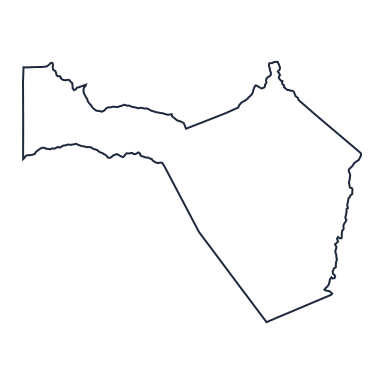 Colinas, Maranhão, Brazil
{"feature_id": "56859067B48571840194208", "entity_name": "Colinas", "entity_type": "district", "adm_level": 2, "iso_a3": "BRA", "parent_name": "Brazil", "parent_adm1": "Maranhão", "projection": "albers", "projection_center": [-44.236, -6.084], "detail": "fine", "context": "isolated", "style": "outline", "palette": "slate", "viewbox_px": 384, "rotation_deg": 0, "n_neighbors": 0, "source": "geoboundaries", "source_scale": "gbopen_adm2", "svg_char_len": 4055}
<svg xmlns="http://www.w3.org/2000/svg" viewBox="0 0 384 384"><path d="M277.6,61.8L274.1,62.0L272.1,63.1L270.6,63.1L269.2,63.4L268.9,65.1L269.2,67.0L269.9,68.6L269.9,70.2L270.8,72.4L270.9,74.6L270.0,76.0L267.7,77.2L266.6,78.5L266.0,80.1L266.4,82.1L266.0,83.5L265.0,84.7L265.0,86.2L264.3,87.4L261.8,88.5L259.2,87.2L257.3,85.9L255.4,85.5L253.9,88.3L253.3,90.4L252.8,92.5L251.7,94.5L250.0,96.2L248.4,97.5L247.6,98.8L245.5,100.3L243.7,101.3L241.3,102.7L239.8,104.5L238.9,105.7L238.3,107.5L225.8,113.1L204.2,121.6L186.0,128.7L184.7,125.3L183.7,123.0L181.0,121.6L179.2,121.0L177.6,120.6L176.4,119.8L172.0,116.2L171.7,114.2L168.8,114.7L167.4,114.7L163.1,113.4L156.7,112.3L151.3,110.7L148.5,109.1L146.5,108.4L144.4,108.6L142.9,108.1L141.1,107.8L139.5,107.9L138.1,108.3L135.8,107.5L132.2,106.9L129.0,105.6L126.9,105.6L124.2,104.7L121.8,105.8L119.4,106.3L117.9,107.1L112.9,106.7L110.9,107.3L108.8,107.3L106.7,107.9L105.4,109.3L104.1,110.6L101.8,111.7L99.8,111.1L97.9,110.9L96.2,110.6L94.8,109.5L93.4,108.5L92.3,107.3L91.5,106.0L90.6,104.7L89.6,103.8L88.5,102.4L87.6,100.8L87.3,99.1L86.3,97.7L85.5,96.3L84.5,94.4L83.8,93.1L83.6,91.2L83.5,89.5L84.0,87.5L85.4,86.1L85.9,84.7L83.1,85.7L79.4,87.1L77.0,87.7L75.8,89.2L74.2,90.2L72.7,88.5L72.5,85.2L72.2,83.1L70.5,81.6L69.1,79.9L67.3,79.9L65.2,80.3L62.9,79.8L60.8,78.3L60.5,76.7L59.2,76.1L57.5,76.1L56.4,74.8L56.0,72.6L55.4,71.1L53.4,70.0L52.6,67.1L53.1,64.5L52.3,62.9L50.8,63.0L48.6,65.1L46.5,66.5L43.4,66.8L41.6,67.0L38.6,67.0L31.8,67.2L27.7,67.4L26.1,67.4L23.5,67.3L23.0,83.0L23.2,120.3L23.1,159.1L24.9,157.4L25.5,156.1L27.4,155.2L29.7,155.2L32.3,154.8L34.9,153.9L35.5,152.5L36.8,151.2L38.5,150.0L40.2,148.7L42.1,147.7L45.1,148.0L46.3,148.9L48.2,148.9L50.4,149.3L52.2,148.3L54.3,148.7L56.7,147.6L58.0,146.9L59.6,147.6L61.7,146.6L63.1,145.6L65.7,145.3L68.3,144.5L70.8,144.9L72.4,144.5L74.2,144.3L76.1,143.8L78.2,144.8L80.5,145.7L82.2,146.2L84.5,146.4L86.3,147.2L88.0,147.0L91.1,147.3L93.1,148.8L95.4,149.5L97.4,150.1L98.3,151.2L100.1,152.3L102.5,153.1L103.6,154.0L105.1,154.7L106.8,156.0L108.0,157.7L110.3,157.8L112.3,156.3L113.6,155.2L115.0,154.9L116.7,154.0L119.0,155.2L121.3,156.5L122.9,157.1L124.2,156.2L125.3,154.5L126.6,153.3L128.3,153.5L130.4,153.2L132.2,152.9L133.4,153.9L135.1,154.2L136.6,153.5L138.5,152.4L140.2,153.8L140.5,155.4L141.7,156.2L143.7,156.7L145.8,157.5L148.0,157.5L149.9,158.5L151.7,159.1L153.0,160.8L155.6,162.4L157.9,163.1L160.1,162.6L162.2,162.8L163.8,165.3L164.8,167.0L187.3,209.8L199.0,232.0L201.3,235.1L210.4,247.2L231.6,275.6L234.9,280.0L244.7,293.1L246.1,294.9L253.2,304.4L264.7,319.7L266.5,322.2L278.9,316.8L281.0,316.0L284.0,314.7L293.4,310.8L297.3,309.1L325.0,297.4L326.3,296.9L331.0,294.9L332.2,293.6L329.5,291.2L327.0,290.7L325.5,290.5L324.4,289.6L325.7,288.0L327.7,286.2L328.5,284.9L329.5,282.2L329.8,279.7L331.4,277.3L332.4,278.4L334.5,278.2L335.2,276.3L334.2,274.7L332.9,273.6L332.7,271.6L333.4,269.7L334.1,268.2L335.8,267.3L335.8,265.3L335.9,263.5L336.2,261.8L337.0,259.4L336.4,257.4L336.3,254.8L335.6,253.0L335.3,250.8L336.1,248.9L336.4,246.9L335.0,244.3L337.0,242.6L338.1,241.5L337.0,238.8L338.0,237.0L339.8,238.3L341.5,238.2L341.8,236.3L341.8,234.0L342.1,230.9L343.5,229.3L343.6,227.8L343.4,226.1L343.7,224.7L344.7,222.8L345.8,221.4L346.4,219.9L345.6,218.6L345.3,217.2L346.0,215.0L346.1,213.7L346.6,212.1L346.6,210.4L346.6,208.9L347.9,208.0L347.2,205.4L347.6,203.0L348.2,200.5L348.5,198.2L350.0,196.8L350.4,195.4L352.3,194.0L352.2,192.0L352.5,189.8L351.9,188.2L349.9,187.5L349.4,185.2L349.0,181.7L349.7,179.5L349.8,177.9L350.2,175.3L349.9,173.9L348.8,171.3L348.7,169.9L349.5,168.7L351.1,167.3L352.4,166.0L353.2,164.8L354.3,163.0L355.6,162.1L356.7,161.3L358.7,160.0L360.5,156.6L361.0,155.3L360.9,153.2L316.7,115.8L298.6,100.1L298.0,98.0L296.7,97.0L295.5,96.1L294.7,93.8L293.8,91.8L292.5,90.8L290.7,90.8L288.8,89.9L287.3,90.0L285.8,88.6L284.1,87.4L284.2,85.5L282.5,84.3L282.0,82.6L282.4,81.1L281.0,80.7L280.0,79.5L278.9,78.2L278.9,76.6L280.0,75.2L279.1,73.2L277.8,71.6L279.4,69.9L280.0,68.6L279.8,66.9L278.7,64.1L277.6,61.8Z" fill="none" stroke="#1e293b" stroke-width="2"/></svg>